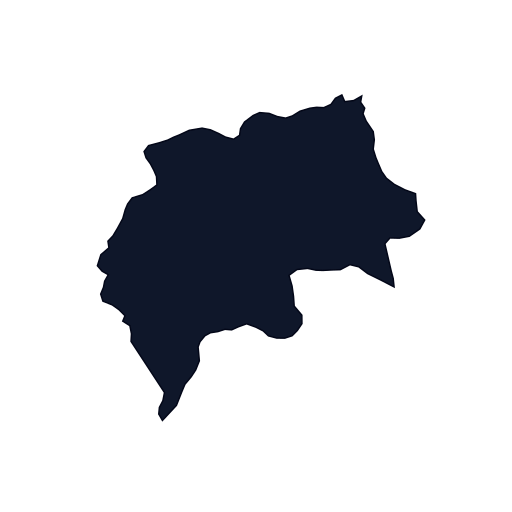 Salto, São Paulo, Brazil, rotated 110°
{"feature_id": "56859067B45487526391276", "entity_name": "Salto", "entity_type": "district", "adm_level": 2, "iso_a3": "BRA", "parent_name": "Brazil", "parent_adm1": "São Paulo", "projection": "natural_earth1", "projection_center": [-47.302, -23.174], "detail": "fine", "context": "isolated", "style": "filled", "palette": "ink", "viewbox_px": 512, "rotation_deg": 110, "n_neighbors": 0, "source": "geoboundaries", "source_scale": "gbopen_adm2", "svg_char_len": 1752}
<svg xmlns="http://www.w3.org/2000/svg" viewBox="0 0 512 512"><g transform="rotate(110 256 256)"><path d="M69.5,211.4L76.5,217.3L80.6,225.4L75.3,230.4L80.6,235.3L87.9,237.4L93.4,243.0L95.6,250.0L98.7,255.9L104.8,264.1L111.9,269.7L116.3,275.3L117.7,283.7L117.5,292.4L120.0,301.6L124.9,306.7L134.0,312.6L141.6,314.1L148.2,312.7L153.9,317.0L154.7,325.4L153.7,332.7L153.0,342.0L154.3,350.4L160.7,361.7L168.4,369.4L172.7,374.2L177.3,378.6L182.9,385.9L189.0,394.7L196.1,396.9L201.3,392.9L205.5,386.7L210.5,381.2L215.3,376.7L223.1,373.4L229.8,377.9L237.1,383.4L243.7,392.2L251.0,394.4L257.1,394.7L266.4,394.0L277.2,395.6L286.0,397.3L292.7,400.2L298.6,397.0L307.8,402.2L319.4,401.7L322.9,395.4L324.1,388.4L331.4,389.6L337.6,388.6L344.9,388.9L350.8,384.4L351.1,374.3L353.3,366.4L356.9,358.7L362.8,358.9L364.6,350.7L371.7,346.4L379.0,344.2L415.6,295.3L423.9,294.0L431.3,295.0L437.8,293.3L442.5,287.7L423.6,279.7L409.2,279.3L400.8,278.9L391.7,275.6L383.7,273.7L373.9,273.4L366.8,276.7L361.3,279.3L355.7,279.3L348.4,276.7L343.7,272.6L340.1,266.0L335.5,260.1L333.7,253.6L328.6,248.4L322.9,241.6L322.9,231.6L323.9,223.6L326.8,217.0L326.0,208.4L323.3,200.8L318.6,194.8L311.9,191.7L303.9,189.7L295.9,192.7L290.0,203.0L281.0,207.0L271.8,211.9L262.9,218.4L254.7,212.9L250.0,203.3L248.8,194.8L246.7,188.3L243.0,179.6L240.0,172.1L232.0,164.8L231.0,155.7L234.3,145.1L235.1,137.7L235.9,130.4L236.9,122.7L237.8,115.7L230.2,119.4L223.9,123.8L200.4,139.1L193.2,136.3L190.2,127.4L185.0,118.7L174.5,111.3L164.5,109.8L159.2,119.7L149.3,124.6L142.9,127.4L142.9,138.8L141.4,150.6L138.3,160.1L133.7,166.7L127.0,173.0L122.6,177.0L115.5,182.4L106.3,184.6L99.0,188.4L91.6,198.6L85.7,204.1L79.9,204.4L75.7,210.3L69.5,211.4Z" fill="#0f172a" stroke="#020617" stroke-width="1.5"/></g></svg>